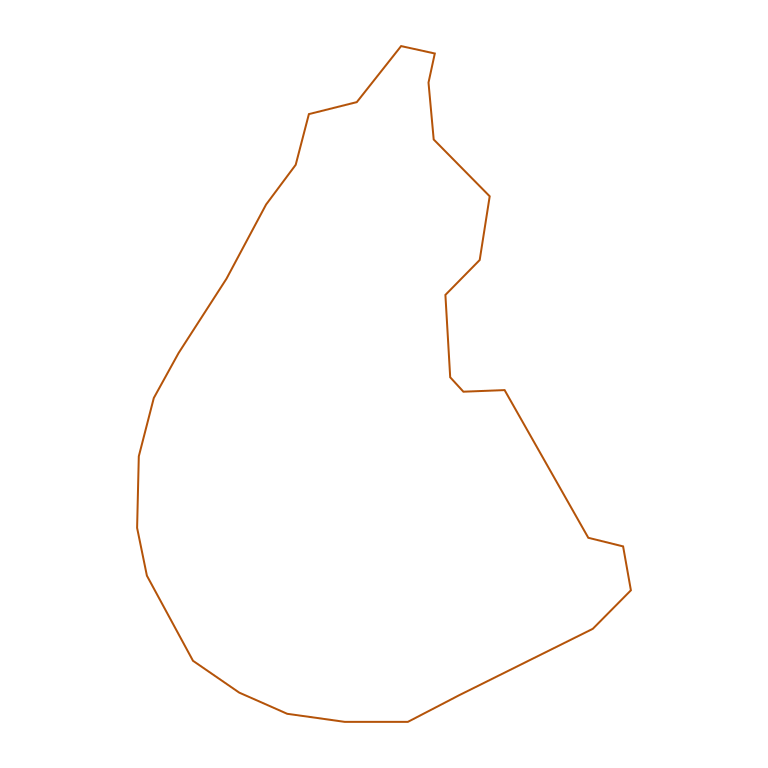 map outline of Swindon (Albers equal-area conic projection)
{"feature_id": "GBR-2756", "entity_name": "Swindon", "entity_type": "Unitary Authority", "adm_level": 1, "iso_a3": "GBR", "parent_name": "United Kingdom", "parent_adm1": "", "projection": "albers", "projection_center": [-1.714, 51.571], "detail": "fine", "context": "isolated", "style": "outline", "palette": "amber", "viewbox_px": 768, "rotation_deg": 0, "n_neighbors": 0, "source": "natural_earth", "source_scale": "10m", "svg_char_len": 507}
<svg xmlns="http://www.w3.org/2000/svg" viewBox="0 0 768 768"><path d="M401.1,46.1L434.8,53.5L428.5,82.6L433.7,139.5L489.7,196.3L479.7,260.0L445.4,294.9L450.2,377.3L463.4,391.7L504.6,390.1L588.3,537.8L623.1,546.4L630.9,590.3L592.8,628.8L528.4,660.8L459.0,695.3L407.8,721.9L345.0,721.9L287.2,713.8L239.2,692.6L193.0,660.8L146.9,575.7L137.1,527.9L138.8,456.3L153.8,398.0L178.6,353.0L226.5,278.7L266.1,204.5L295.7,164.8L308.9,114.1L356.8,102.1L401.1,46.1Z" fill="none" stroke="#b45309" stroke-width="2"/></svg>